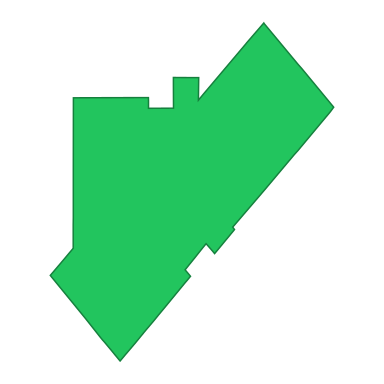 outline of General Donovan, Chaco, Argentina
{"feature_id": "61730980B89470085473651", "entity_name": "General Donovan", "entity_type": "district", "adm_level": 2, "iso_a3": "ARG", "parent_name": "Argentina", "parent_adm1": "Chaco", "projection": "equal_earth", "projection_center": [-59.356, -27.157], "detail": "fine", "context": "isolated", "style": "filled", "palette": "green", "viewbox_px": 384, "rotation_deg": 0, "n_neighbors": 0, "source": "geoboundaries", "source_scale": "gbopen_adm2", "svg_char_len": 1111}
<svg xmlns="http://www.w3.org/2000/svg" viewBox="0 0 384 384"><path d="M59.9,287.2L85.4,318.4L100.5,337.5L102.9,340.4L103.3,340.8L104.7,342.4L111.7,350.8L115.1,355.0L120.0,360.9L120.1,361.0L120.2,360.9L125.2,354.9L127.6,352.1L133.2,345.5L133.6,345.0L135.0,343.4L139.1,338.4L140.3,336.9L143.2,333.4L143.3,333.3L143.3,333.2L146.5,329.4L154.3,320.2L157.8,315.9L158.4,315.1L159.1,314.3L161.1,311.9L163.6,308.9L184.9,283.0L187.3,280.2L190.5,276.3L188.7,274.1L185.1,269.8L195.6,256.8L202.5,248.1L206.1,243.7L212.3,250.8L214.6,253.6L215.2,252.9L216.3,251.6L234.0,230.2L234.5,229.5L234.1,229.0L232.7,227.1L235.4,224.0L258.8,196.7L262.8,192.0L263.0,191.8L294.3,154.6L298.0,150.5L330.4,111.7L333.7,107.2L330.4,103.2L301.9,68.7L298.1,64.4L264.0,23.4L263.8,23.0L246.6,42.9L246.0,43.7L215.5,79.8L203.5,94.0L198.4,100.2L198.5,93.1L198.7,77.6L189.4,77.6L173.4,77.5L173.4,84.9L173.5,108.2L148.5,108.3L148.5,104.4L148.5,100.7L148.4,97.6L139.5,97.6L139.0,97.6L73.4,97.8L73.3,170.1L73.3,198.5L73.3,217.9L73.2,224.6L73.2,248.3L63.4,260.0L50.3,275.4L52.3,277.9L59.9,287.2Z" fill="#22c55e" stroke="#15803d" stroke-width="1.5"/></svg>